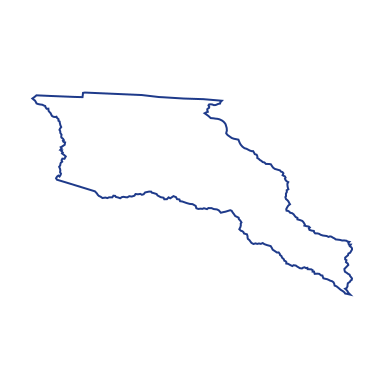 Nova Brasilândia D'Oeste, Rondônia, Brazil (Equal Earth projection), rotated 93°
{"feature_id": "56859067B60784939031691", "entity_name": "Nova Brasilândia D'Oeste", "entity_type": "district", "adm_level": 2, "iso_a3": "BRA", "parent_name": "Brazil", "parent_adm1": "Rondônia", "projection": "equal_earth", "projection_center": [-62.21, -11.628], "detail": "fine", "context": "isolated", "style": "outline", "palette": "blue", "viewbox_px": 384, "rotation_deg": 93, "n_neighbors": 0, "source": "geoboundaries", "source_scale": "gbopen_adm2", "svg_char_len": 4879}
<svg xmlns="http://www.w3.org/2000/svg" viewBox="0 0 384 384"><g transform="rotate(93 192 192)"><path d="M196.0,290.6L196.4,289.0L198.4,286.9L199.7,286.0L200.8,284.8L201.5,283.0L202.7,281.1L202.1,278.2L202.5,276.2L201.7,274.6L201.5,271.3L199.8,270.3L199.9,268.5L200.9,267.8L201.4,265.3L202.0,263.4L200.8,261.8L200.4,260.3L200.7,257.7L200.7,256.3L199.5,254.4L199.7,251.9L198.7,249.3L197.0,248.3L197.1,245.8L196.6,243.5L197.4,241.9L196.8,240.2L194.9,238.8L193.8,234.8L193.8,232.8L194.7,232.2L195.2,229.9L195.9,227.2L197.2,226.3L198.8,223.0L199.2,220.1L200.7,219.3L200.5,216.7L198.6,215.1L199.4,213.3L197.1,210.3L198.0,207.7L199.9,206.6L200.1,204.2L201.8,203.4L202.0,201.2L203.3,196.8L204.0,193.7L204.1,190.8L205.7,187.6L208.0,186.8L208.6,184.8L208.2,182.7L208.3,180.7L207.6,179.2L208.3,176.1L207.2,174.8L207.1,171.6L207.9,169.4L208.1,166.2L208.9,164.3L211.2,162.1L210.5,159.8L209.9,157.5L208.2,152.9L208.7,151.4L210.2,150.4L212.1,148.8L213.7,147.6L215.2,144.1L216.6,143.8L218.0,142.3L219.8,141.0L220.9,141.7L222.7,141.5L224.4,141.8L226.7,142.8L228.1,141.2L228.5,139.7L229.4,138.5L230.7,137.9L231.4,134.9L233.3,134.2L234.3,134.2L235.8,133.8L237.0,132.2L239.7,130.0L240.7,127.9L240.0,125.9L240.4,124.1L239.9,122.4L240.2,120.6L239.3,118.7L240.3,117.0L241.1,114.3L241.9,110.6L243.9,109.2L245.4,108.4L246.0,107.3L246.7,106.1L248.0,104.0L247.8,102.3L249.2,101.1L250.3,100.8L251.3,99.3L252.9,98.6L254.3,96.8L255.8,96.2L256.2,94.9L257.1,94.1L258.5,94.1L258.7,92.3L260.0,89.6L260.7,87.9L259.8,86.8L260.0,84.5L261.0,83.0L261.7,81.6L262.4,80.4L262.6,78.2L261.7,77.0L261.3,75.7L262.0,74.3L261.7,72.8L263.0,72.5L263.0,68.9L263.7,67.5L265.2,67.4L265.1,66.0L267.3,65.2L267.0,62.5L267.1,60.6L268.5,58.8L268.6,57.4L269.9,56.9L271.3,56.3L271.7,54.4L272.0,52.5L272.6,50.9L273.3,49.4L273.8,47.4L274.8,45.9L276.4,45.1L278.0,44.7L278.6,42.8L280.1,40.7L281.3,39.2L282.2,37.9L283.0,36.3L284.2,34.6L285.4,33.7L285.6,31.9L286.2,28.6L284.3,30.7L283.1,31.4L281.9,32.4L280.6,34.0L280.0,32.7L278.2,31.8L276.6,31.8L275.0,31.6L273.3,29.5L272.1,29.0L271.4,27.9L269.9,27.7L267.5,29.8L266.3,30.3L265.5,32.0L264.7,33.1L263.6,35.1L262.1,35.6L260.9,35.8L256.7,32.1L255.3,32.7L254.0,34.6L252.0,34.2L251.3,35.5L249.5,35.6L248.0,34.0L247.0,32.9L245.3,32.6L244.4,30.9L241.1,29.2L239.8,29.3L238.9,30.0L237.9,31.5L236.2,30.7L236.3,32.6L234.6,33.2L233.6,32.3L233.3,34.2L232.6,35.1L232.4,37.6L232.6,39.5L232.1,41.7L231.8,46.1L231.0,47.1L230.1,49.1L229.3,50.5L229.1,51.9L229.7,53.3L228.9,55.2L228.6,59.0L228.0,61.3L227.1,62.9L226.8,64.5L226.9,66.8L225.8,67.9L224.5,68.3L224.3,70.4L223.7,72.7L222.2,73.4L221.3,72.5L220.4,73.6L220.1,76.1L219.7,78.0L218.6,77.6L217.2,78.5L216.0,79.4L215.1,80.4L214.4,82.6L213.8,85.3L212.3,85.4L211.6,87.1L210.3,88.3L209.0,89.3L207.9,90.9L207.6,92.9L206.6,93.7L205.8,95.2L205.7,96.6L204.2,97.0L202.6,96.3L200.6,95.2L199.1,93.5L197.7,94.5L196.4,95.2L195.3,96.2L194.1,97.8L192.2,98.5L191.2,97.9L190.1,98.0L188.7,98.1L187.0,97.3L185.3,97.5L184.2,95.9L183.0,96.4L181.2,96.9L178.9,97.2L177.1,96.4L176.3,98.1L174.9,99.4L173.8,99.9L172.8,99.3L171.6,100.0L170.5,102.4L168.5,101.7L167.4,102.7L167.0,104.2L165.8,105.3L164.6,110.5L163.5,112.2L162.2,113.3L160.2,114.7L160.0,116.5L160.1,119.7L158.7,121.2L158.4,123.0L157.3,124.3L156.5,125.9L155.4,127.1L154.6,128.6L152.9,128.6L151.4,129.4L150.9,131.3L149.3,132.2L148.0,133.1L148.1,134.4L147.6,136.4L146.0,139.8L145.5,141.9L144.1,144.0L142.1,145.9L140.3,147.0L137.3,148.4L136.6,153.1L136.0,155.1L133.3,159.4L131.7,160.9L130.6,160.8L129.0,160.4L126.3,160.7L122.6,162.0L121.4,162.9L120.1,164.2L119.0,165.9L118.0,168.3L117.6,170.4L117.5,172.6L117.3,174.2L117.2,177.2L115.6,179.1L114.6,180.5L112.7,183.5L111.6,181.7L111.1,180.4L109.2,181.1L108.2,180.9L107.2,179.5L106.2,179.2L104.6,180.1L103.6,179.4L103.5,178.0L103.5,176.5L104.1,174.7L103.9,172.9L102.7,170.5L102.2,168.6L100.9,168.4L99.3,167.0L98.7,185.5L99.1,205.2L98.9,225.6L98.9,230.0L97.8,247.2L98.3,304.1L98.7,306.0L103.0,306.3L103.2,314.3L103.5,338.0L103.6,352.4L104.6,353.4L106.0,355.0L107.0,356.3L108.0,355.0L108.9,353.6L110.4,352.6L111.7,351.9L112.2,350.4L112.5,348.5L112.7,346.0L113.4,344.5L113.8,343.1L115.2,342.6L116.5,341.5L116.3,339.8L118.4,339.5L119.7,338.4L120.7,337.3L121.9,336.7L123.3,335.9L124.1,334.4L124.3,332.5L123.9,331.3L125.1,330.6L126.3,329.1L127.8,329.1L128.5,327.9L130.0,327.6L132.3,326.9L134.0,326.0L135.4,327.0L136.9,327.6L138.1,326.8L139.9,326.6L141.6,325.3L143.2,325.5L144.4,325.3L145.6,323.6L146.9,322.7L147.6,323.6L148.6,323.0L149.1,321.3L150.2,321.5L151.5,321.6L153.5,324.3L154.1,325.4L155.2,324.5L156.8,325.7L157.1,324.0L158.1,324.5L159.4,323.1L160.3,323.8L161.9,321.4L163.1,319.9L165.5,321.1L165.5,323.2L167.1,323.9L168.5,323.2L169.6,324.5L170.9,324.9L172.4,325.0L173.8,326.0L175.7,325.0L177.5,324.6L179.1,324.8L180.6,323.8L182.2,324.3L183.5,325.1L182.6,326.3L183.6,327.5L185.4,328.5L186.8,327.5L188.9,318.9L196.0,290.6Z" fill="none" stroke="#1e3a8a" stroke-width="2"/></g></svg>